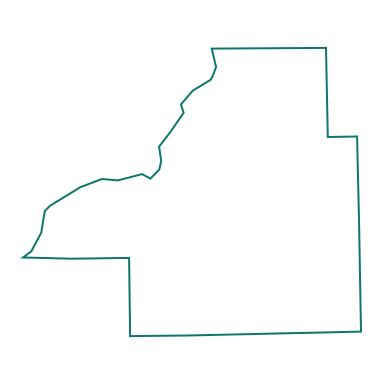 Tazewell, Illinois, United States of America (Albers equal-area conic projection)
{"feature_id": "52423323B60966771956899", "entity_name": "Tazewell", "entity_type": "district", "adm_level": 2, "iso_a3": "USA", "parent_name": "United States of America", "parent_adm1": "Illinois", "projection": "albers", "projection_center": [-89.62, 40.534], "detail": "fine", "context": "isolated", "style": "outline", "palette": "teal", "viewbox_px": 384, "rotation_deg": 0, "n_neighbors": 0, "source": "geoboundaries", "source_scale": "gbopen_adm2", "svg_char_len": 520}
<svg xmlns="http://www.w3.org/2000/svg" viewBox="0 0 384 384"><path d="M361.0,331.6L359.1,224.1L357.4,151.1L357.1,136.5L327.8,137.0L326.0,47.9L211.7,48.6L216.1,67.0L212.6,76.2L212.3,76.8L210.6,79.8L192.8,90.6L181.0,104.4L183.6,112.8L170.3,132.1L159.1,146.6L161.2,161.2L159.3,169.5L150.4,178.6L142.0,174.1L118.0,180.4L102.0,179.0L80.5,187.1L49.9,205.8L44.9,211.0L43.3,219.6L41.3,232.6L31.3,251.3L23.0,257.5L72.3,258.7L129.1,257.9L130.1,336.1L187.4,335.5L361.0,331.6Z" fill="none" stroke="#0f766e" stroke-width="2"/></svg>